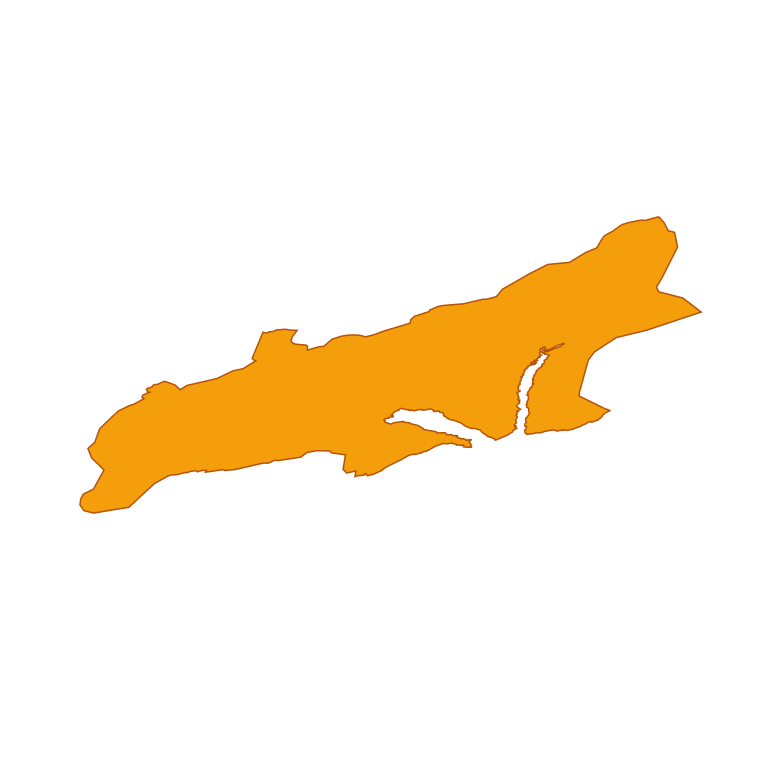 the district of Gloppen nor, Sogn og Fjordane, Norway, rotated 165°
{"feature_id": "86288312B68175693588321", "entity_name": "Gloppen nor", "entity_type": "district", "adm_level": 2, "iso_a3": "NOR", "parent_name": "Norway", "parent_adm1": "Sogn og Fjordane", "projection": "equal_earth", "projection_center": [6.111, 61.723], "detail": "fine", "context": "isolated", "style": "filled", "palette": "amber", "viewbox_px": 768, "rotation_deg": 165, "n_neighbors": 0, "source": "geoboundaries", "source_scale": "gbopen_adm2", "svg_char_len": 6145}
<svg xmlns="http://www.w3.org/2000/svg" viewBox="0 0 768 768"><g transform="rotate(165 384 384)"><path d="M59.0,371.4L73.1,389.7L94.7,401.9L95.8,407.0L88.1,414.5L65.0,440.3L64.1,455.3L69.8,458.5L71.7,467.3L74.9,473.7L75.9,474.5L89.6,474.4L92.8,475.7L104.9,476.6L111.8,476.4L114.7,475.8L122.9,472.6L132.6,470.2L136.3,467.3L143.3,460.4L154.8,458.9L173.6,453.5L194.9,457.1L214.4,453.0L245.0,444.9L252.9,439.3L262.8,439.3L266.7,440.3L286.4,440.9L306.9,444.6L312.3,444.9L320.9,443.5L321.5,442.3L337.1,441.5L341.4,439.3L343.1,436.0L370.0,435.2L381.1,434.2L389.4,434.3L394.6,437.2L398.0,438.5L406.3,440.6L413.0,441.2L422.5,440.8L432.5,435.9L436.3,436.8L449.2,436.6L448.2,440.3L449.1,441.7L459.5,445.5L461.6,447.4L462.4,448.7L462.5,450.2L459.9,453.8L454.0,458.3L460.1,460.1L465.1,462.4L474.1,464.1L476.7,463.4L482.0,464.2L483.6,463.5L485.7,464.2L487.4,465.4L504.7,442.9L503.8,441.1L501.9,439.6L516.0,435.3L526.4,435.8L544.1,432.5L574.9,433.6L582.4,431.2L586.0,437.0L594.5,443.0L596.5,443.4L602.8,442.3L606.2,442.9L607.0,442.7L608.6,441.3L613.6,441.0L614.9,440.4L614.3,438.4L614.6,437.6L612.7,436.7L619.9,435.6L621.2,433.8L619.7,431.9L630.9,429.2L635.6,429.0L647.1,426.8L653.5,423.6L670.2,414.4L678.5,402.5L686.7,398.3L685.5,388.2L676.7,373.4L691.8,357.7L702.8,355.5L706.8,351.3L709.0,345.9L706.7,339.4L698.0,334.5L662.4,331.0L631.4,347.3L617.0,350.9L613.4,351.2L607.8,350.1L598.6,349.9L596.6,349.3L593.8,349.7L588.3,349.0L587.0,347.5L582.2,347.6L577.8,346.6L579.2,345.0L561.3,342.9L560.5,341.8L549.8,339.9L521.2,338.9L516.1,337.5L509.6,338.7L505.4,337.3L483.1,334.9L476.1,337.8L466.4,337.0L453.9,333.4L452.5,331.0L439.6,325.6L445.6,312.1L443.1,307.7L433.7,307.2L436.0,302.0L434.5,302.3L426.9,301.2L425.3,301.7L425.2,302.4L424.3,301.6L424.0,299.7L417.8,299.5L407.9,301.2L408.0,301.6L402.1,303.5L387.6,306.3L379.3,308.5L375.6,308.8L372.4,308.0L365.8,307.8L363.3,308.4L360.2,308.1L350.3,310.6L342.2,311.2L338.0,309.8L333.3,309.4L332.9,308.4L330.6,307.7L329.8,306.7L329.9,306.2L329.0,306.4L325.7,304.8L322.9,304.3L323.5,302.7L318.9,301.0L316.7,300.5L315.2,300.5L316.0,300.6L315.6,301.1L316.5,301.4L315.6,303.0L315.9,304.5L316.9,306.2L316.4,306.7L314.6,307.1L314.3,307.8L319.4,308.5L319.3,309.4L321.4,310.2L321.8,310.9L324.0,311.2L324.2,311.7L326.5,312.7L326.9,313.2L326.6,314.0L327.1,314.4L326.5,314.4L326.4,314.9L327.0,315.4L330.4,316.1L331.2,316.5L331.8,317.7L335.4,318.3L336.8,319.3L337.4,320.9L338.2,321.3L345.8,323.1L345.6,323.9L346.4,324.6L357.1,329.6L358.4,331.7L362.3,335.4L368.8,338.9L369.3,339.9L374.7,342.0L374.9,342.8L384.9,344.1L386.8,343.5L388.4,343.9L392.9,346.8L392.5,348.5L393.4,348.9L392.8,350.0L390.2,350.1L387.6,349.5L388.5,350.1L386.9,350.6L383.7,349.9L383.3,350.6L384.9,352.2L383.6,352.4L382.5,353.6L381.0,354.3L377.0,355.2L375.9,354.4L376.7,355.4L373.9,356.1L369.4,353.6L367.0,352.9L367.1,352.4L365.6,352.1L365.5,351.6L363.6,351.4L362.0,350.3L357.6,350.3L354.1,349.6L354.0,348.9L351.8,348.4L345.5,347.9L343.3,346.4L343.4,345.4L342.5,345.2L342.7,344.4L337.7,343.6L337.4,342.2L334.3,340.9L334.6,338.6L334.1,338.2L334.2,337.1L332.7,336.5L332.2,335.1L330.5,333.3L328.2,331.8L326.7,331.4L319.8,326.5L316.1,322.1L311.3,318.6L307.6,317.5L302.8,314.4L301.4,311.2L299.0,308.9L297.3,306.4L293.3,304.0L291.3,302.1L291.1,301.0L290.5,300.9L278.2,302.6L272.2,304.5L271.3,305.7L267.3,306.9L268.7,308.4L266.7,309.3L268.1,309.3L268.6,309.8L268.8,310.7L266.0,312.4L266.5,314.4L263.7,317.7L264.3,318.6L264.2,319.8L264.0,320.3L263.3,320.3L263.4,321.7L262.8,322.4L261.9,322.5L262.2,323.0L261.5,323.0L261.8,323.5L258.6,324.3L261.6,327.5L261.5,328.4L260.0,329.9L258.1,330.5L257.3,332.6L257.9,332.6L257.5,333.1L258.2,333.1L257.7,334.5L258.4,334.5L257.1,336.0L257.7,337.2L257.4,337.9L256.8,337.9L257.4,338.1L257.3,340.0L257.8,340.2L257.2,341.0L257.8,340.9L257.5,341.4L254.6,341.7L254.3,342.3L254.9,342.4L255.8,343.9L255.5,346.0L254.9,346.0L254.4,347.7L252.8,348.2L251.9,351.4L251.3,351.4L250.4,352.6L249.8,354.8L249.1,354.8L249.4,355.2L248.8,355.1L247.7,356.7L247.1,356.7L247.4,357.2L246.7,357.2L245.8,359.0L244.8,359.9L244.9,360.7L244.3,360.7L243.9,361.6L242.0,361.9L241.9,362.7L240.3,363.2L240.2,364.1L237.7,364.2L236.8,365.7L236.9,366.4L235.0,366.8L234.3,366.0L235.9,365.2L236.1,364.2L233.0,364.1L233.0,364.6L231.4,364.9L232.4,366.1L231.6,365.9L231.6,366.5L229.6,366.9L229.9,367.6L232.6,366.2L234.1,366.3L234.6,366.8L233.1,367.2L233.0,367.9L230.5,367.8L230.6,368.3L230.1,368.7L227.3,369.3L226.6,369.6L227.2,370.2L224.6,371.0L225.9,371.6L225.5,372.1L225.9,373.8L224.5,374.6L224.8,376.0L223.4,377.1L223.7,377.5L222.0,377.5L221.6,378.3L220.4,377.8L219.3,378.3L218.5,376.9L218.7,376.3L220.9,376.0L221.3,375.9L220.6,375.5L221.7,375.7L223.0,374.8L223.5,373.8L222.6,372.5L221.6,372.6L219.1,375.2L217.9,374.5L215.7,374.6L210.8,375.3L209.0,376.0L199.8,376.8L199.6,376.0L202.0,375.8L203.0,374.6L212.0,374.0L217.6,373.0L220.0,373.7L221.4,372.0L220.7,371.6L220.9,371.0L218.1,370.1L217.9,369.1L217.2,369.2L217.3,368.5L219.9,367.2L220.3,366.0L223.0,365.4L223.8,362.5L226.0,362.2L226.0,361.5L226.8,361.2L226.8,360.3L227.4,360.3L228.1,359.3L230.0,359.3L230.8,358.3L233.6,357.2L233.5,356.7L236.4,353.5L237.0,353.5L236.9,352.9L238.3,351.4L238.5,350.4L239.2,350.4L239.3,349.4L238.6,349.4L240.3,346.6L240.5,345.3L239.9,345.3L241.4,344.1L241.6,343.2L242.9,342.7L243.0,342.2L243.9,342.4L244.2,341.4L247.5,338.7L247.7,336.6L248.5,336.5L247.6,336.0L248.1,335.1L247.9,333.5L248.7,331.7L250.8,329.3L251.1,327.2L251.8,327.3L252.0,326.4L252.1,324.7L250.7,323.1L251.3,319.7L251.2,317.8L254.4,314.9L255.7,314.6L256.6,312.7L256.4,309.8L257.7,309.5L258.5,308.3L258.7,306.6L257.3,306.0L257.5,305.3L259.1,303.5L260.2,303.0L260.0,302.1L260.4,300.7L259.5,299.0L258.9,299.0L258.9,298.5L258.3,298.1L255.5,298.2L255.5,297.9L252.1,297.4L250.2,297.6L245.0,296.3L240.9,296.6L233.1,296.0L230.6,295.0L229.2,293.8L222.9,293.3L223.0,292.9L220.8,292.7L219.0,291.8L213.7,291.4L203.9,292.5L203.5,293.0L199.7,293.2L196.8,294.3L193.1,293.9L193.1,293.4L186.5,293.8L185.5,294.6L183.3,295.1L181.4,296.6L181.5,296.9L178.3,298.6L172.8,299.8L174.4,301.4L176.6,302.6L198.6,321.9L197.2,325.7L180.4,354.4L172.4,360.5L147.7,368.7L116.5,368.0L59.0,371.4Z" fill="#f59e0b" stroke="#b45309" stroke-width="1.5"/></g></svg>